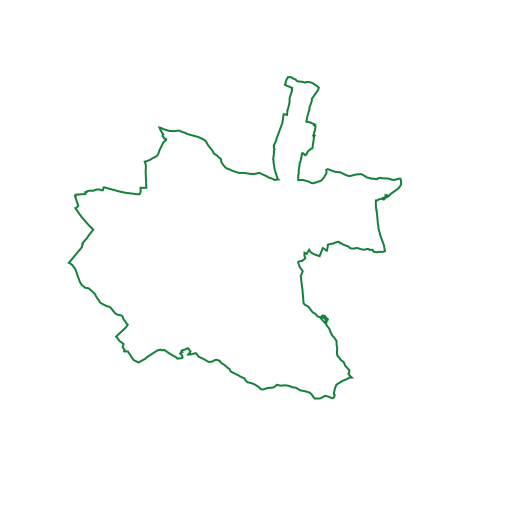 Pungesti, Vaslui, Romania (orthographic projection), rotated 145°
{"feature_id": "2599482B34424571679317", "entity_name": "Pungesti", "entity_type": "district", "adm_level": 2, "iso_a3": "ROU", "parent_name": "Romania", "parent_adm1": "Vaslui", "projection": "orthographic", "projection_center": [27.364, 46.71], "detail": "fine", "context": "isolated", "style": "outline", "palette": "green", "viewbox_px": 512, "rotation_deg": 145, "n_neighbors": 0, "source": "geoboundaries", "source_scale": "gbopen_adm2", "svg_char_len": 6141}
<svg xmlns="http://www.w3.org/2000/svg" viewBox="0 0 512 512"><g transform="rotate(145 256 256)"><path d="M261.4,416.6L261.9,414.4L262.3,410.4L262.2,408.8L263.3,408.4L263.7,407.9L263.6,406.8L263.8,405.0L262.6,403.6L263.0,402.6L266.5,402.3L274.4,398.0L277.6,395.6L279.4,394.9L281.5,394.9L284.8,395.5L286.9,395.4L291.3,396.4L293.0,397.1L293.7,394.8L294.8,392.5L297.8,388.7L306.7,374.8L311.5,378.1L313.8,374.6L315.5,373.5L316.2,373.5L317.6,374.5L326.5,382.5L331.0,387.3L341.1,399.5L341.6,399.5L343.8,397.7L345.1,398.7L346.1,400.3L347.8,401.5L349.6,402.3L352.0,402.8L354.8,405.0L357.5,406.0L357.9,405.5L359.3,406.2L360.2,404.6L368.6,409.7L369.3,408.5L369.9,408.9L372.8,399.0L376.2,398.4L376.5,398.6L376.5,388.8L375.5,378.4L374.2,370.9L381.2,368.8L384.2,367.6L391.0,365.9L391.1,365.0L392.3,364.5L393.5,363.1L413.2,357.7L412.6,356.8L411.7,353.9L411.5,349.3L412.3,345.7L412.9,344.1L415.1,335.9L415.4,332.4L414.1,327.9L411.6,325.5L409.9,318.2L409.7,317.0L410.1,315.4L410.3,312.2L410.1,309.8L410.4,308.0L410.0,306.2L407.1,300.6L405.2,298.4L404.8,297.5L404.2,290.1L403.6,288.2L402.1,286.2L400.6,284.8L400.1,283.8L400.1,282.8L400.8,280.4L400.6,278.0L400.8,274.6L400.5,273.3L403.6,272.1L416.9,270.2L416.4,267.2L416.7,266.2L416.5,264.4L415.1,260.5L415.0,259.8L415.5,259.2L417.4,258.1L417.6,257.6L417.5,254.3L418.6,253.8L418.5,253.2L415.7,251.4L416.0,241.2L413.4,236.2L405.6,235.3L404.3,235.7L390.7,235.2L387.9,234.0L386.8,232.3L385.1,231.8L382.6,225.3L379.4,218.5L379.3,217.1L375.3,214.8L374.6,214.8L373.9,215.7L373.6,216.8L374.0,219.7L371.4,219.6L371.5,220.3L371.8,220.6L371.6,221.1L370.5,221.1L367.6,220.0L364.8,219.6L364.3,218.4L364.7,216.7L364.3,215.5L365.9,214.5L367.8,214.5L368.2,214.2L365.9,212.8L361.0,211.0L360.6,206.2L358.3,202.2L355.5,196.3L352.0,194.4L350.1,194.5L347.6,193.5L346.1,191.2L345.8,190.6L346.0,189.7L345.6,187.9L344.0,183.9L343.4,180.6L342.6,179.0L342.9,176.7L342.7,175.4L339.9,170.0L338.9,168.7L338.4,167.1L336.6,163.8L335.6,162.4L335.9,161.1L335.5,157.6L332.7,154.5L330.8,151.6L328.7,146.5L328.6,144.7L328.2,143.7L326.5,142.5L322.0,141.1L317.4,138.4L315.5,138.2L312.7,138.5L312.0,137.4L311.3,137.0L310.2,135.6L306.6,133.6L304.6,131.9L302.8,129.8L301.4,127.5L299.6,126.0L298.6,124.7L297.0,120.7L294.0,117.8L290.6,113.6L290.0,111.9L289.8,109.2L289.9,107.0L289.6,105.5L285.1,102.5L279.6,101.8L277.5,99.5L275.4,96.1L274.8,95.5L273.8,95.4L272.6,95.8L271.3,97.0L271.4,97.9L271.2,98.6L267.0,102.5L263.8,104.5L256.2,104.0L251.9,102.9L251.0,103.0L249.6,102.8L247.2,101.5L247.7,103.8L247.9,106.3L247.4,106.8L246.8,106.8L245.1,108.8L245.5,112.9L245.9,115.2L245.2,117.5L245.1,119.3L245.7,120.5L246.2,122.7L246.1,124.8L246.3,126.6L246.6,127.0L245.8,129.5L242.1,134.3L241.1,136.8L238.8,140.1L238.7,144.3L239.2,147.4L238.7,149.9L238.6,151.5L237.8,153.7L237.7,155.1L237.9,158.5L237.6,159.9L237.7,160.8L236.2,161.2L235.8,162.3L233.6,162.6L233.4,163.0L233.9,163.9L233.8,165.2L234.2,166.9L234.0,167.5L235.5,169.0L237.2,168.9L235.6,165.6L235.2,164.3L235.2,163.4L235.7,162.8L238.0,162.5L238.8,169.3L240.2,171.2L240.5,174.5L241.9,177.3L242.2,184.3L242.5,185.4L244.0,188.0L244.1,190.1L237.3,201.7L233.3,209.4L231.8,211.9L231.1,213.7L226.5,216.7L226.3,217.8L226.5,219.6L226.4,222.3L225.4,226.0L225.0,226.8L223.5,226.8L221.0,225.5L216.9,225.9L216.2,228.4L214.4,230.8L213.3,228.7L208.9,230.6L209.1,228.1L208.7,226.7L207.0,223.5L204.0,219.4L196.8,224.2L196.3,223.6L195.2,220.2L194.8,219.7L191.9,222.5L190.7,224.0L188.0,223.2L185.9,222.0L183.5,221.6L180.3,220.3L179.7,219.6L179.9,218.3L178.9,217.4L177.9,215.1L174.7,210.5L174.5,208.7L173.8,207.6L171.2,205.6L170.2,205.5L168.8,204.7L168.0,204.0L166.5,201.8L164.5,199.7L163.3,198.8L161.0,198.1L159.5,196.7L159.6,196.1L159.4,195.8L156.9,194.2L157.3,192.2L154.7,189.6L152.7,188.8L150.2,186.9L147.6,186.0L145.0,191.6L142.5,201.0L139.8,208.5L138.5,210.5L138.1,211.7L131.1,224.0L131.3,224.1L129.9,226.8L128.2,229.6L125.9,232.8L124.8,232.0L122.7,231.9L119.9,230.7L118.7,230.9L118.6,230.5L119.5,230.0L119.5,229.6L118.8,228.9L117.6,229.2L116.9,230.2L116.4,230.3L116.2,230.2L116.6,229.6L116.2,229.6L115.2,231.2L115.1,230.9L116.0,229.4L114.7,229.1L113.7,230.5L113.5,230.1L113.9,229.6L113.4,229.0L109.2,229.6L100.4,229.7L96.2,231.2L94.2,234.2L93.4,236.5L94.5,237.3L99.5,239.2L101.4,241.0L101.6,241.6L103.5,243.8L108.2,247.4L109.1,248.6L111.7,249.7L112.6,249.4L114.4,250.8L114.9,251.6L117.2,253.2L118.0,254.5L120.0,256.5L120.9,258.9L121.5,259.8L122.0,261.4L123.1,262.9L127.4,265.4L133.6,267.8L135.8,270.5L139.1,276.4L142.8,279.4L147.4,286.0L148.9,286.3L150.0,284.3L151.0,283.4L154.9,281.5L159.1,280.3L167.4,282.7L168.6,283.8L170.4,287.1L174.0,291.4L177.9,293.9L175.0,298.0L173.8,298.9L171.7,301.9L168.6,305.0L166.8,307.3L165.8,307.6L165.1,308.2L162.4,310.8L161.0,311.7L160.8,312.5L159.1,313.7L158.4,312.9L158.0,310.5L157.6,310.1L155.6,310.7L153.1,312.1L151.4,312.0L149.4,312.3L148.0,311.9L139.9,320.5L139.7,320.9L140.3,321.0L140.2,321.8L139.5,322.0L138.8,321.5L138.8,322.7L137.2,324.2L136.0,324.7L132.8,328.1L133.4,329.8L132.3,330.0L134.8,333.7L134.9,334.5L137.7,337.1L133.2,341.5L131.7,342.4L130.7,343.5L128.2,345.4L127.0,347.0L121.2,351.1L120.1,352.7L110.7,356.1L108.0,357.7L108.5,360.3L110.8,365.7L112.7,368.0L114.8,369.6L116.1,369.7L118.3,372.3L121.5,374.9L122.2,376.4L122.3,377.8L123.3,379.2L124.4,381.7L125.3,383.0L127.4,384.2L128.3,383.5L129.5,383.2L134.1,379.7L133.3,378.3L133.1,377.5L132.0,376.2L130.0,372.9L131.2,372.0L131.0,371.5L131.6,370.8L137.8,366.2L140.6,362.4L145.7,357.9L146.2,357.9L149.6,353.8L152.0,356.3L158.3,349.7L171.8,340.4L172.8,339.3L178.3,336.1L178.3,335.5L179.4,334.3L179.6,332.7L180.8,332.1L181.7,331.0L181.6,330.7L186.6,325.2L186.5,324.8L187.5,323.4L190.9,316.6L193.9,307.2L194.1,306.6L193.9,306.0L197.2,307.7L198.9,310.9L200.4,312.8L201.7,315.5L205.7,322.3L210.6,324.2L213.4,326.4L218.3,331.1L221.8,333.4L223.8,335.7L227.0,340.2L227.6,341.6L229.4,343.9L230.4,346.3L230.6,350.7L230.4,353.3L229.1,355.3L230.0,358.4L230.1,360.2L231.7,364.0L231.3,367.1L231.7,374.4L231.3,378.4L231.4,379.7L232.3,381.9L235.0,386.5L242.3,395.3L243.3,397.4L245.6,400.3L246.7,402.4L247.4,403.1L251.6,405.3L255.3,408.2L259.3,413.3L260.2,415.2L261.4,416.6Z" fill="none" stroke="#15803d" stroke-width="2"/></g></svg>